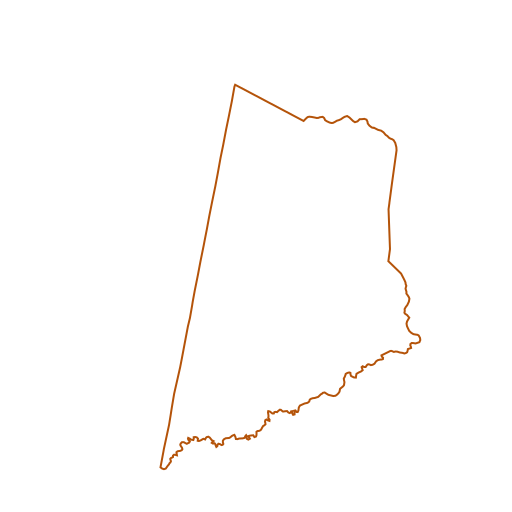 the district of Mandera East, North-Eastern, Kenya, rotated 156°
{"feature_id": "3690345B2279611832844", "entity_name": "Mandera East", "entity_type": "district", "adm_level": 2, "iso_a3": "KEN", "parent_name": "Kenya", "parent_adm1": "North-Eastern", "projection": "albers", "projection_center": [41.581, 3.685], "detail": "fine", "context": "isolated", "style": "outline", "palette": "amber", "viewbox_px": 512, "rotation_deg": 156, "n_neighbors": 0, "source": "geoboundaries", "source_scale": "gbopen_adm2", "svg_char_len": 4544}
<svg xmlns="http://www.w3.org/2000/svg" viewBox="0 0 512 512"><g transform="rotate(156 256 256)"><path d="M205.4,420.9L206.8,419.5L215.2,407.1L223.9,394.8L231.8,383.8L240.8,370.8L248.4,360.2L257.5,346.8L264.9,336.1L274.3,323.0L282.3,311.7L289.9,300.6L296.3,291.5L299.5,286.9L308.9,273.7L317.0,262.0L326.1,249.2L332.4,240.0L334.6,236.6L341.6,226.2L346.9,219.3L366.7,190.7L370.7,185.0L386.7,163.6L388.9,160.3L394.6,151.7L398.8,145.2L404.1,137.1L418.7,117.1L419.9,115.3L429.2,101.8L428.2,100.0L426.8,98.7L424.9,98.5L423.4,99.4L421.7,100.4L420.3,101.0L419.3,101.9L418.2,102.2L417.2,103.1L416.9,105.5L416.0,106.0L414.9,106.0L413.6,106.1L413.0,107.4L411.7,107.8L410.6,107.2L409.3,106.1L408.5,109.1L407.2,109.5L405.8,109.2L404.5,108.8L402.8,108.8L401.8,109.5L401.6,111.1L402.0,113.1L402.0,114.3L401.1,115.3L399.4,116.0L397.7,115.3L396.6,113.8L395.6,112.6L394.0,112.7L392.9,112.7L391.9,113.5L392.5,115.2L392.5,116.7L391.9,117.4L390.8,116.1L390.1,114.7L388.1,113.4L387.1,114.5L386.6,115.8L385.2,115.4L383.9,114.4L383.3,112.8L383.9,111.8L384.4,110.9L383.4,110.2L381.9,110.1L380.6,110.1L379.4,110.4L378.2,110.3L377.1,109.1L375.9,110.1L374.8,110.6L373.0,110.3L372.1,108.9L371.3,105.7L370.1,104.2L371.2,103.9L372.4,103.3L371.6,102.1L370.0,101.8L369.7,100.7L369.9,99.3L369.9,97.7L368.7,98.0L367.9,99.2L366.7,99.8L365.4,98.8L364.4,97.3L363.3,97.1L362.3,97.6L362.0,99.4L361.4,100.7L359.9,101.6L357.8,101.8L356.0,101.2L354.6,100.7L353.2,100.8L351.3,101.4L349.8,101.5L348.5,101.4L348.4,99.1L348.8,97.0L347.3,96.2L345.7,96.1L342.3,94.8L340.4,94.5L339.0,95.8L337.9,96.3L337.8,94.9L338.6,94.0L338.7,92.7L337.7,91.4L335.9,91.6L336.1,93.1L336.7,94.6L334.8,94.4L333.1,93.9L331.4,93.3L331.1,91.2L329.4,91.1L328.4,92.2L327.6,93.9L327.1,95.2L325.9,95.5L324.4,95.0L322.7,95.0L321.6,95.6L320.1,96.8L318.6,97.8L317.4,97.9L315.8,98.4L315.4,99.6L315.2,100.9L314.3,102.2L313.0,102.4L312.1,101.1L310.8,99.9L310.2,100.9L310.4,102.1L310.7,103.1L310.0,104.1L309.4,105.4L309.0,106.9L308.6,108.4L307.9,109.3L306.6,108.3L305.1,105.5L303.8,104.9L302.7,105.9L301.4,105.6L300.3,104.8L298.7,105.4L296.7,105.9L295.8,105.3L295.4,104.3L294.6,102.9L292.5,102.3L290.7,101.7L290.1,99.9L289.1,98.8L287.8,98.9L287.1,99.8L286.0,99.5L286.9,97.9L286.7,95.8L285.2,95.6L284.5,97.3L283.9,99.1L282.8,98.9L282.4,97.0L281.4,96.5L280.1,97.6L278.5,100.2L276.7,101.5L274.9,101.5L273.0,101.5L271.6,101.5L270.2,101.2L268.6,100.9L266.6,101.4L265.3,102.9L263.9,103.2L262.0,103.0L260.1,102.4L256.5,102.0L254.3,102.8L253.0,103.3L251.9,103.3L250.6,103.8L248.8,103.4L247.5,101.4L246.3,99.7L242.3,96.6L240.2,96.0L238.3,96.4L236.5,97.1L234.9,98.1L234.0,99.4L233.2,100.5L231.7,100.9L229.8,101.4L228.3,102.1L227.7,102.9L226.5,104.8L226.1,106.8L225.6,108.4L224.2,109.4L222.8,110.8L222.0,111.8L220.1,112.0L218.2,111.7L217.3,110.9L217.9,109.1L217.9,107.6L215.9,105.2L214.2,104.3L213.2,106.0L212.1,107.5L209.6,107.8L206.9,107.8L205.0,108.3L204.7,111.5L203.4,111.9L202.4,110.6L201.0,110.0L199.1,111.2L197.6,111.5L196.4,110.7L195.5,109.6L193.7,109.2L191.6,109.4L189.2,110.9L187.2,111.3L184.8,110.9L183.3,110.3L182.0,110.2L181.3,111.4L182.0,112.9L181.8,114.2L178.8,114.3L176.4,114.4L173.8,114.5L171.9,114.6L170.7,114.1L169.1,112.3L167.4,112.0L165.9,111.2L163.8,109.3L162.8,108.7L161.4,107.8L160.1,106.6L158.5,106.4L157.1,106.6L156.1,107.7L155.1,109.2L153.1,109.0L151.7,108.9L151.4,110.2L151.4,111.6L150.7,112.8L149.1,113.2L147.6,112.4L145.8,111.2L141.8,110.8L140.1,112.4L139.5,114.4L139.7,117.2L140.5,118.3L142.1,119.3L144.0,120.6L145.5,122.8L146.5,125.3L146.6,128.5L146.6,130.5L146.0,133.0L144.7,134.7L142.7,136.2L141.1,137.3L142.0,140.6L143.1,142.3L143.3,142.7L143.5,143.8L142.5,145.2L141.8,147.1L139.9,148.5L137.8,149.6L134.9,152.1L133.2,154.6L133.1,156.2L133.4,158.3L133.9,160.5L133.1,162.1L132.7,165.3L131.8,166.5L130.8,167.6L130.7,169.5L130.2,171.1L130.2,173.7L130.3,175.9L130.6,180.9L137.2,197.4L130.8,207.8L115.9,244.8L112.5,250.3L112.2,250.9L111.8,251.5L102.4,266.8L86.6,292.2L84.6,295.4L83.5,298.4L82.8,302.7L83.2,305.9L84.2,307.4L85.4,308.5L86.4,309.9L87.2,312.2L88.3,313.9L89.2,317.1L90.7,319.6L93.2,321.6L96.2,325.3L96.7,325.3L98.0,326.4L99.4,329.0L100.0,331.6L99.5,333.5L99.6,335.6L101.2,337.2L103.5,337.9L105.7,338.8L108.5,337.7L111.2,338.0L112.4,339.8L114.3,344.5L115.8,346.8L118.5,347.1L120.8,346.8L122.6,346.4L124.9,346.4L127.1,346.7L129.3,346.4L131.7,346.3L133.1,346.9L134.5,348.0L136.5,350.3L137.6,352.0L137.6,354.3L138.5,356.0L141.3,356.8L142.8,356.8L144.4,357.4L146.0,358.6L148.6,360.4L150.7,361.6L152.4,361.9L154.6,361.2L157.6,360.0L205.4,420.9Z" fill="none" stroke="#b45309" stroke-width="2"/></g></svg>